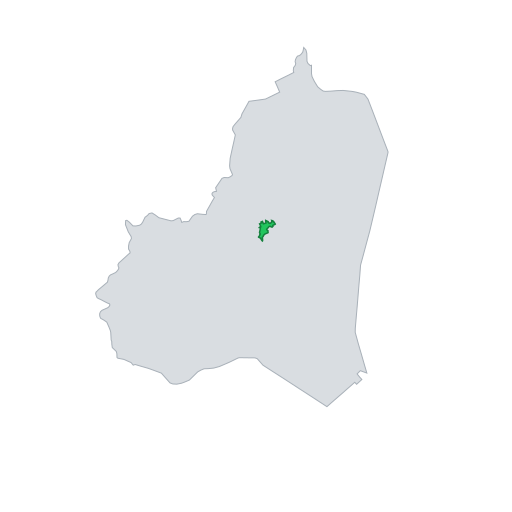 Al-Mussyab, Babil, Iraq shown in context, rotated 244°
{"feature_id": "34846034B36938547090854", "entity_name": "Al-Mussyab", "entity_type": "district", "adm_level": 2, "iso_a3": "IRQ", "parent_name": "Iraq", "parent_adm1": "Babil", "projection": "mercator", "projection_center": [44.225, 32.8], "detail": "fine", "context": "in_parent", "style": "filled", "palette": "green", "viewbox_px": 512, "rotation_deg": 244, "n_neighbors": 0, "source": "geoboundaries", "source_scale": "gbopen_adm2", "svg_char_len": 4812}
<svg xmlns="http://www.w3.org/2000/svg" viewBox="0 0 512 512"><g transform="rotate(244 256 256)"><path d="M211.7,97.8L215.0,97.0L221.1,91.8L224.7,87.0L225.8,86.6L229.1,88.1L231.4,88.6L236.7,86.7L239.8,87.7L242.5,88.9L244.0,89.0L251.1,92.0L252.9,92.4L256.5,92.7L262.0,92.9L265.5,90.9L268.0,89.1L269.8,89.1L271.5,89.6L272.9,90.4L274.1,91.8L274.7,93.8L274.5,100.2L275.0,101.9L276.0,103.2L277.2,103.4L278.7,102.0L281.3,100.0L284.5,97.7L286.9,95.7L288.2,94.9L290.4,95.0L292.5,95.4L293.7,96.4L293.7,96.7L294.8,99.7L297.6,111.0L299.2,112.4L301.0,113.6L302.3,115.3L302.8,117.0L302.7,119.6L302.7,122.6L303.5,124.9L304.5,126.7L305.5,127.6L306.9,127.6L308.7,128.1L309.9,129.8L313.6,142.5L314.0,144.2L315.5,144.7L318.1,144.5L320.8,145.8L323.6,147.9L326.3,151.7L328.1,152.3L333.7,151.8L341.4,152.4L345.0,154.4L344.7,155.6L341.9,157.0L337.0,158.6L335.6,161.3L334.7,164.8L334.9,166.8L336.1,169.0L339.5,173.3L339.7,174.8L340.3,177.0L341.0,178.5L340.3,181.4L337.1,183.4L333.0,185.5L324.8,195.1L324.1,197.1L324.2,202.8L323.4,204.4L320.8,204.3L318.7,204.0L318.6,206.0L317.3,208.6L316.6,210.9L319.6,216.3L320.1,219.2L319.7,221.8L316.9,226.2L315.2,229.2L315.6,229.9L317.8,231.1L324.6,240.9L326.8,244.3L329.7,243.4L330.8,243.5L331.6,244.0L332.1,245.2L332.1,246.7L331.4,248.8L335.1,249.7L336.4,252.0L340.7,259.5L340.5,261.8L338.5,265.4L338.5,267.7L338.9,269.9L339.6,270.6L345.9,270.9L348.6,271.8L355.1,275.6L362.6,281.5L368.7,286.4L373.9,290.5L379.5,290.2L381.0,290.9L382.4,292.2L384.0,295.6L387.2,303.2L389.9,305.7L394.1,311.8L398.1,317.5L395.5,325.3L392.9,333.3L392.9,343.6L392.9,349.1L398.3,349.4L404.2,349.6L404.3,356.2L404.3,362.9L404.4,370.4L406.1,370.7L408.9,372.4L410.1,374.8L411.6,376.1L413.4,376.3L415.1,377.5L416.9,379.7L417.5,381.4L417.1,382.5L417.4,384.5L418.7,387.3L420.2,388.6L422.5,390.3L419.3,391.2L415.9,390.5L408.7,387.2L406.3,387.1L403.3,388.3L403.1,389.5L395.5,385.8L392.7,385.0L391.7,385.0L387.3,385.0L381.1,385.6L377.4,387.2L374.8,388.7L373.7,390.3L373.3,391.1L371.3,395.7L369.0,401.6L366.6,406.9L361.9,414.4L359.4,417.8L353.8,424.2L347.9,425.4L334.0,424.2L318.7,422.8L303.4,421.4L292.0,420.4L291.1,420.0L279.9,410.9L271.0,403.7L259.9,394.7L248.5,385.5L237.0,376.1L228.7,369.3L218.5,360.4L209.3,352.4L202.0,346.0L192.6,340.5L185.3,336.1L174.7,329.8L166.1,324.7L158.8,320.3L147.6,313.6L143.9,311.7L132.3,309.5L121.2,307.6L109.8,305.6L102.2,304.3L107.2,299.5L105.7,295.2L102.0,296.0L98.6,297.0L96.6,290.2L99.2,289.4L96.8,280.6L94.3,271.5L92.0,262.8L89.5,253.7L99.2,247.9L106.4,243.6L116.5,237.5L126.2,231.7L135.5,226.1L145.7,219.9L154.8,214.4L163.2,212.1L164.9,210.4L168.7,202.8L172.0,196.3L172.2,194.8L172.2,185.5L172.7,174.7L173.8,168.9L175.7,163.7L177.4,159.9L177.6,156.4L177.4,152.8L175.6,147.4L173.7,141.7L174.0,136.3L174.3,133.3L175.5,128.7L177.4,125.2L179.6,123.1L187.5,120.9L192.2,119.6L198.6,113.5L202.3,109.9L207.5,104.1L211.4,99.9L211.7,98.4L211.7,97.8Z" fill="#d9dde1" stroke="#a8b0b8" stroke-width="1"/><path d="M271.7,277.1L272.2,277.3L273.1,277.6L273.4,277.7L273.5,277.8L273.8,277.6L274.1,277.5L274.4,277.3L274.7,277.3L274.9,277.2L275.0,277.2L275.2,277.3L275.3,277.3L275.7,278.0L275.9,278.7L276.2,279.5L276.4,279.8L276.7,280.6L276.7,280.8L276.7,281.2L276.7,281.3L276.6,281.6L276.3,281.8L276.1,282.0L275.8,282.2L275.4,282.5L275.0,283.0L274.9,283.2L274.9,283.3L275.0,283.4L275.1,283.8L275.2,284.0L275.3,284.3L275.5,284.3L275.9,284.4L276.0,284.4L276.1,284.5L276.2,284.9L276.2,285.0L276.2,285.3L276.2,285.6L276.1,286.0L276.1,286.3L276.1,286.7L276.1,286.9L276.1,287.0L276.2,287.3L276.5,287.3L276.8,287.3L277.4,287.2L277.7,287.1L278.6,287.1L278.9,286.6L279.4,286.8L279.7,286.5L280.1,286.6L280.5,286.4L280.6,285.8L280.9,285.6L280.2,285.4L279.5,284.6L279.1,283.3L279.6,282.8L279.6,282.2L280.2,282.0L280.8,281.7L281.1,282.0L281.6,282.0L282.0,281.7L282.8,281.0L283.7,280.3L283.1,280.0L281.9,279.6L281.3,279.5L281.5,277.9L281.7,276.8L283.0,276.9L284.3,276.9L284.3,275.4L283.3,275.4L283.3,273.7L283.3,273.3L281.9,273.3L280.6,273.3L280.4,273.2L280.3,272.3L280.3,271.8L280.2,271.6L279.8,272.4L279.7,272.5L279.3,271.9L278.7,271.9L278.5,271.7L278.1,271.4L277.5,271.0L277.0,270.6L276.4,270.1L276.0,269.8L275.6,269.5L275.4,269.4L274.9,269.4L274.6,269.4L274.2,269.5L274.1,269.4L273.9,269.1L273.7,269.2L273.4,269.0L273.3,268.9L273.2,268.6L272.9,268.4L272.7,268.2L272.6,267.9L272.5,267.7L272.4,267.4L272.2,267.1L272.1,266.8L271.9,266.8L271.7,266.6L271.2,267.0L270.8,267.3L270.4,267.7L270.2,267.7L269.9,267.8L269.3,267.9L268.7,268.0L268.0,268.0L267.7,268.1L267.4,268.1L267.2,268.1L266.7,268.4L267.1,268.8L267.4,268.9L267.6,269.0L267.9,269.1L268.1,269.2L268.7,269.4L269.1,269.6L269.5,269.6L270.0,269.8L270.2,270.4L270.4,270.9L270.7,271.3L270.8,271.3L271.2,272.0L271.3,272.2L271.6,272.5L271.8,273.5L271.8,274.4L271.8,275.1L271.7,275.9L271.7,276.6L271.7,277.1Z" fill="#22c55e" stroke="#15803d" stroke-width="1.5"/></g></svg>